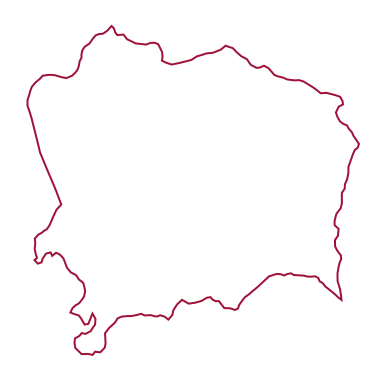 Araras, São Paulo, Brazil, rotated 181°
{"feature_id": "56859067B145693711975", "entity_name": "Araras", "entity_type": "district", "adm_level": 2, "iso_a3": "BRA", "parent_name": "Brazil", "parent_adm1": "São Paulo", "projection": "mercator", "projection_center": [-47.322, -22.335], "detail": "fine", "context": "isolated", "style": "outline", "palette": "rose", "viewbox_px": 384, "rotation_deg": 181, "n_neighbors": 0, "source": "geoboundaries", "source_scale": "gbopen_adm2", "svg_char_len": 3128}
<svg xmlns="http://www.w3.org/2000/svg" viewBox="0 0 384 384"><g transform="rotate(181 192 192)"><path d="M306.4,43.6L306.9,39.4L306.0,34.1L302.5,30.8L299.6,28.0L293.2,28.3L288.5,27.4L286.1,30.6L280.9,30.1L276.5,34.8L275.8,38.6L276.0,42.9L276.5,49.2L272.6,54.5L266.8,60.0L264.3,64.2L260.5,66.1L254.7,66.8L250.4,66.9L244.9,68.1L240.7,69.3L237.1,67.7L231.2,68.2L228.0,67.3L224.8,66.9L221.7,68.2L217.2,66.9L213.4,64.0L209.5,68.7L208.7,73.1L207.0,76.1L204.9,79.4L200.1,84.0L193.3,80.3L186.8,81.4L180.7,83.2L175.4,86.5L171.7,87.2L169.5,84.7L166.3,83.2L163.1,83.4L161.1,80.7L157.7,76.5L151.8,76.4L146.9,74.8L144.0,76.4L142.8,80.0L140.1,84.0L137.2,87.8L133.0,90.9L129.9,93.8L127.2,96.0L124.0,98.9L113.5,109.0L105.8,111.6L101.6,111.3L98.4,110.1L95.2,111.7L91.6,112.4L88.9,110.8L85.0,110.6L79.0,110.4L75.3,109.5L71.2,109.4L67.4,109.9L64.2,108.2L62.8,104.9L59.7,103.2L57.0,99.8L53.2,96.9L47.8,92.7L44.1,89.3L40.7,86.7L41.2,91.4L42.4,97.8L43.7,101.9L44.9,105.5L45.1,113.0L44.3,118.7L43.1,124.2L41.6,127.6L42.1,131.4L44.5,134.2L46.3,136.9L48.0,140.2L48.2,146.4L45.3,150.8L44.8,157.7L48.7,161.2L49.0,164.9L48.1,169.3L47.2,172.6L45.2,175.6L43.1,178.2L41.9,183.4L42.1,188.3L42.1,193.8L39.4,198.0L39.2,202.5L37.2,207.1L36.0,213.4L36.0,219.9L32.9,229.2L31.6,233.0L30.0,236.8L27.1,239.2L25.9,243.0L29.2,247.7L31.6,251.1L33.1,254.4L36.5,258.2L38.2,261.3L42.0,262.8L45.3,265.2L47.7,269.2L49.5,274.0L46.8,279.9L42.5,282.2L43.1,285.5L45.6,289.8L50.2,291.3L54.6,292.4L59.5,293.5L65.1,293.0L69.6,296.5L72.7,298.7L76.9,301.2L82.3,304.4L86.7,305.7L91.8,305.4L98.7,306.2L103.1,308.0L108.1,309.1L111.7,310.5L117.6,317.1L122.2,319.5L126.7,317.5L129.8,317.3L135.5,320.2L139.4,325.7L145.2,328.7L149.6,332.4L153.8,336.6L157.9,337.8L160.9,338.9L165.6,334.9L173.3,331.6L180.1,330.8L184.0,329.4L189.5,327.7L195.0,324.0L201.6,322.2L206.4,320.9L214.5,319.1L220.1,320.8L224.4,322.8L223.8,327.0L224.4,331.5L226.5,335.6L228.4,339.2L232.1,340.6L236.3,340.3L240.4,338.6L245.6,339.1L251.1,339.6L254.5,341.3L259.6,343.6L263.2,348.2L269.5,347.6L271.6,350.4L272.9,354.2L275.3,356.6L279.6,351.7L283.8,348.7L287.8,348.3L290.8,347.1L293.7,343.8L297.1,338.6L301.8,335.4L304.2,331.6L304.9,327.7L304.9,324.0L306.6,320.9L307.4,315.8L308.8,311.8L311.1,309.0L313.9,306.2L319.6,303.7L324.3,304.5L330.8,306.3L335.7,306.7L340.3,306.2L343.4,305.6L346.1,302.5L350.3,298.8L353.9,294.5L355.5,290.1L356.5,286.1L358.1,280.9L358.0,275.4L355.7,269.2L353.9,263.7L347.3,239.3L344.6,228.8L341.2,221.0L339.9,218.0L338.0,213.6L329.4,194.3L327.4,189.5L322.5,177.3L327.2,171.8L330.1,165.4L332.0,160.7L333.6,156.8L336.3,152.4L339.0,150.8L341.5,148.6L345.3,146.4L348.3,142.7L347.8,137.7L348.3,132.7L347.2,127.2L345.8,123.4L348.3,121.2L344.9,117.7L341.2,119.0L340.1,122.9L336.8,127.9L332.3,129.1L330.7,125.7L326.9,128.9L323.1,127.2L319.4,123.4L315.6,114.0L311.7,109.5L306.4,106.8L303.7,102.7L299.2,99.3L298.1,95.5L297.1,91.1L298.0,85.9L299.8,82.9L302.9,78.8L306.9,76.3L309.4,73.9L311.5,69.4L308.4,68.2L302.9,66.5L300.6,63.5L297.1,57.6L293.4,58.3L289.4,68.7L286.3,63.5L286.6,57.7L288.5,55.1L290.9,51.1L295.9,48.3L299.8,49.0L302.0,46.2L306.4,43.6Z" fill="none" stroke="#9f1239" stroke-width="2"/></g></svg>